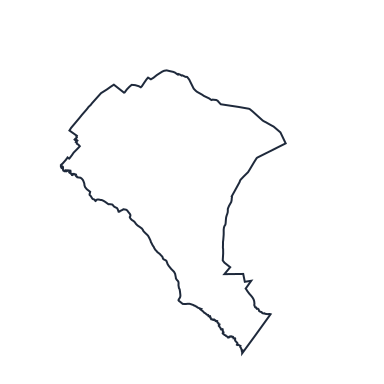 the district of Tram Kak, Takêv, Cambodia, rotated 216°
{"feature_id": "14789045B29748003627155", "entity_name": "Tram Kak", "entity_type": "district", "adm_level": 2, "iso_a3": "KHM", "parent_name": "Cambodia", "parent_adm1": "Takêv", "projection": "orthographic", "projection_center": [104.595, 11.012], "detail": "fine", "context": "isolated", "style": "outline", "palette": "slate", "viewbox_px": 384, "rotation_deg": 216, "n_neighbors": 0, "source": "geoboundaries", "source_scale": "gbopen_adm2", "svg_char_len": 5986}
<svg xmlns="http://www.w3.org/2000/svg" viewBox="0 0 384 384"><g transform="rotate(216 192 192)"><path d="M56.6,91.0L56.5,112.4L56.6,139.3L57.2,139.1L57.8,138.7L59.1,137.6L61.3,136.4L62.0,136.5L63.0,135.6L64.2,135.4L64.8,135.7L65.3,135.7L66.2,135.3L67.3,135.2L67.8,135.2L69.1,136.2L70.0,136.3L70.9,135.6L72.1,136.3L72.6,135.9L73.5,136.0L73.9,136.3L74.4,136.7L74.9,136.9L75.3,137.3L75.5,137.8L75.8,138.3L77.5,140.2L79.0,141.3L81.0,142.2L83.1,142.8L85.9,143.4L88.8,144.3L90.8,145.1L91.8,145.4L91.9,155.0L96.5,150.4L102.4,155.8L117.5,144.6L116.9,153.6L124.3,153.9L126.9,154.7L130.6,160.5L133.4,164.3L133.8,164.6L134.4,165.3L136.3,168.1L137.5,169.7L138.6,171.7L140.0,174.0L141.3,176.1L142.5,177.8L144.2,180.1L145.2,181.9L145.7,183.4L145.8,185.2L146.5,186.6L148.6,190.0L149.5,191.6L150.2,193.5L150.6,195.0L151.2,196.6L152.0,197.9L152.7,198.8L153.2,199.7L153.9,202.6L154.4,207.0L155.2,208.8L156.1,210.2L156.7,211.5L157.3,211.7L157.9,216.8L159.3,227.8L159.8,229.5L159.9,230.5L159.3,235.0L158.6,239.2L158.3,240.9L158.5,243.8L159.3,252.6L159.6,257.3L159.5,257.8L159.4,258.2L144.8,286.4L155.5,292.2L163.0,292.8L164.5,292.9L166.5,292.6L169.9,292.2L173.5,291.8L174.5,291.6L176.1,291.4L177.0,291.4L190.4,292.8L194.0,293.0L194.9,292.8L204.3,288.2L220.3,279.9L223.9,280.6L224.8,280.9L225.5,280.8L226.4,280.7L229.7,278.8L230.1,278.0L230.9,277.8L233.1,277.8L233.6,277.7L239.0,276.7L240.8,276.7L246.9,276.0L248.6,276.1L251.4,276.6L253.1,277.5L259.4,280.8L260.3,281.3L263.4,282.2L263.9,282.1L265.0,281.3L267.4,280.9L268.6,280.6L268.8,280.1L270.9,279.9L272.5,279.4L272.4,278.7L273.4,278.6L275.9,278.6L277.7,278.2L281.1,276.7L284.0,275.5L285.8,273.7L286.8,272.0L288.0,269.0L289.2,265.9L290.3,261.8L291.5,259.0L294.8,258.7L294.9,258.0L295.0,256.1L294.9,252.2L294.7,248.0L295.0,246.6L297.3,246.3L300.9,245.0L303.8,243.2L304.5,240.3L305.0,236.7L305.0,233.0L305.4,232.4L318.3,232.9L319.6,229.5L321.1,225.0L323.7,218.5L325.1,204.8L325.1,203.0L325.7,200.0L325.7,198.3L325.8,196.4L326.4,189.6L326.6,185.4L327.5,172.8L327.3,169.7L318.1,169.8L318.0,169.3L318.1,168.9L317.8,168.6L317.3,168.5L317.3,167.4L317.5,167.1L317.7,166.5L317.8,165.4L316.7,165.3L316.6,165.7L316.5,166.4L316.0,166.3L315.5,166.3L314.9,166.2L315.2,164.1L314.7,164.1L314.1,164.1L313.6,163.4L312.9,163.4L312.0,163.5L310.5,163.3L309.7,163.1L309.8,161.5L310.9,154.3L310.8,151.2L310.9,147.3L311.0,146.8L313.0,146.8L312.9,145.8L313.0,144.6L312.9,144.1L313.0,143.7L313.1,141.9L313.2,141.4L313.3,139.9L313.4,139.4L313.4,138.9L313.8,137.5L313.9,136.7L313.6,136.4L313.4,136.0L313.1,135.6L312.7,135.6L312.5,135.2L312.1,134.9L311.6,134.8L311.4,135.2L311.5,135.7L311.6,136.1L311.6,136.5L311.1,136.4L310.5,135.7L310.2,135.2L309.7,134.4L309.2,134.1L308.8,133.7L308.4,133.7L307.8,133.9L307.4,133.8L307.0,134.1L307.0,134.5L307.3,134.9L307.0,135.4L306.6,135.6L306.2,135.1L305.8,134.9L305.3,135.7L305.1,136.1L305.2,136.5L304.2,137.2L303.7,137.2L303.3,137.5L302.9,137.8L302.5,137.5L302.9,136.6L303.1,136.1L302.9,135.7L302.3,135.6L301.5,136.0L301.2,135.7L300.4,135.6L300.1,136.1L299.7,136.1L299.6,135.7L299.1,135.2L298.7,135.4L298.7,135.8L298.4,136.1L298.3,136.6L298.5,137.0L298.2,137.3L297.2,137.4L296.8,137.4L296.6,137.8L296.1,137.9L295.9,137.4L295.9,137.0L295.4,136.8L294.5,136.6L294.1,136.9L293.4,136.5L290.6,138.0L289.1,138.0L287.4,137.6L286.1,136.9L284.2,135.6L282.8,134.1L281.3,133.1L278.7,132.4L274.5,132.3L274.0,131.2L273.6,130.0L273.0,129.4L271.9,129.3L271.3,129.1L270.7,128.9L270.1,128.6L269.6,128.4L268.4,128.0L267.7,128.1L267.0,128.4L266.2,128.5L265.7,128.2L264.8,128.0L264.6,128.5L264.6,129.6L264.2,130.2L263.2,131.0L262.1,131.5L261.3,131.8L260.4,132.4L259.2,132.7L257.8,132.9L256.4,133.0L253.1,133.0L252.4,133.0L251.7,133.6L250.5,134.3L249.1,135.0L248.4,134.9L247.8,134.7L246.9,134.5L246.3,134.4L245.5,134.5L243.2,134.9L242.0,134.4L239.8,132.9L239.1,133.5L239.1,134.1L238.8,134.8L238.5,135.2L237.4,137.3L237.4,137.7L236.0,138.4L235.0,138.9L234.1,139.0L233.3,138.9L231.8,138.4L229.5,137.8L228.5,137.3L228.1,136.9L227.8,136.4L227.6,135.1L226.3,134.4L224.4,134.0L222.8,134.1L221.3,134.1L220.5,133.9L218.4,133.2L216.3,132.9L214.0,133.0L211.1,133.0L209.3,132.4L208.8,132.0L207.7,131.7L206.7,131.5L204.5,131.2L202.9,131.0L201.6,130.7L199.0,129.4L197.0,128.3L195.6,127.2L194.5,126.8L193.3,126.1L191.9,125.5L190.7,125.1L189.3,124.3L187.4,123.6L186.0,123.4L184.6,123.0L183.2,123.0L181.4,122.9L180.2,122.6L178.8,122.4L177.5,122.0L176.3,121.0L175.0,120.9L173.7,121.2L172.4,121.3L170.9,120.4L169.5,119.4L167.6,118.6L163.5,117.5L159.7,116.9L157.6,115.9L156.3,114.7L154.7,113.2L154.3,112.7L153.2,112.2L152.6,112.0L151.0,111.7L150.2,111.3L149.5,110.6L148.8,109.7L148.3,108.8L146.8,107.3L146.1,106.6L144.8,106.0L143.3,104.5L141.2,102.2L140.3,101.1L139.8,99.9L139.6,98.4L139.6,97.2L139.2,96.4L138.4,96.2L137.1,96.2L133.8,96.0L132.5,96.8L131.0,97.9L129.7,99.1L128.3,100.1L126.9,100.6L124.3,101.4L123.8,101.3L122.9,101.7L122.1,101.6L120.9,102.0L120.2,101.8L119.2,101.9L116.6,102.6L115.9,102.8L116.1,102.0L113.0,101.9L111.4,101.6L110.9,101.5L110.3,101.7L109.4,101.7L108.2,101.5L107.5,101.6L106.6,102.0L106.1,101.7L105.6,101.2L105.2,101.4L104.7,101.9L104.5,101.5L103.7,101.2L103.6,101.6L103.1,101.3L102.6,101.0L101.7,100.3L101.2,100.5L100.3,101.2L99.8,100.9L99.2,101.2L99.0,101.8L98.6,101.7L98.2,101.9L97.7,101.7L97.3,101.8L97.0,101.5L96.4,102.1L95.7,102.4L95.2,101.7L94.4,101.3L93.5,101.4L93.2,101.1L92.5,100.8L91.9,101.0L91.7,100.4L92.0,100.0L91.6,99.4L90.7,99.3L90.2,99.0L88.7,98.6L88.2,98.1L87.5,97.9L87.1,98.6L86.7,99.0L85.9,98.4L85.3,97.5L84.9,97.2L84.1,97.1L84.1,96.6L84.2,95.8L83.3,95.5L82.5,95.6L81.6,95.4L80.5,95.8L79.7,95.5L78.9,95.6L78.3,95.8L77.6,95.9L77.3,95.5L76.8,95.8L76.2,96.8L76.5,97.3L76.0,97.9L75.1,98.5L74.7,98.6L74.2,98.3L73.6,98.9L72.8,98.6L72.4,98.0L71.6,98.5L71.1,98.9L70.7,98.6L70.2,97.5L69.0,96.9L67.5,96.7L66.4,96.4L66.0,95.6L65.9,94.8L65.4,94.8L64.8,95.6L63.1,95.8L62.4,96.0L62.2,95.4L61.6,94.8L61.0,94.7L59.9,94.1L59.3,93.5L58.5,93.6L58.5,93.0L57.9,92.3L57.3,92.1L57.1,91.7L56.6,91.0Z" fill="none" stroke="#1e293b" stroke-width="2"/></g></svg>